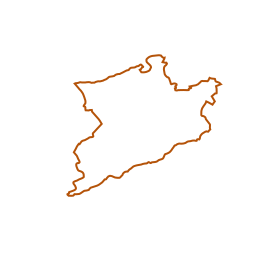 the district of Tam Diep, Ninh Bình, Vietnam, rotated 304°
{"feature_id": "81297802B4597997720172", "entity_name": "Tam Diep", "entity_type": "district", "adm_level": 2, "iso_a3": "VNM", "parent_name": "Vietnam", "parent_adm1": "Ninh Bình", "projection": "robinson", "projection_center": [105.895, 20.161], "detail": "fine", "context": "isolated", "style": "outline", "palette": "amber", "viewbox_px": 256, "rotation_deg": 304, "n_neighbors": 0, "source": "geoboundaries", "source_scale": "gbopen_adm2", "svg_char_len": 5892}
<svg xmlns="http://www.w3.org/2000/svg" viewBox="0 0 256 256"><g transform="rotate(304 128 128)"><path d="M172.8,197.0L173.2,196.5L173.9,195.8L174.7,195.3L176.5,194.2L176.9,193.6L178.1,190.0L178.5,188.8L178.9,187.6L179.7,186.7L180.1,186.0L180.1,184.1L179.7,183.2L179.4,182.4L179.6,181.7L180.3,181.1L181.3,180.5L182.3,179.8L183.7,179.1L185.7,178.5L188.2,178.4L191.8,178.5L193.8,178.0L194.2,180.4L194.6,185.0L196.6,185.0L198.6,185.1L201.1,179.7L202.4,180.1L203.4,180.3L204.2,180.6L205.2,180.8L206.3,182.0L207.1,181.6L210.2,179.4L211.9,177.6L216.2,180.5L216.3,179.5L216.6,178.7L216.2,176.6L215.7,175.2L215.8,174.4L216.5,173.5L217.1,172.9L217.3,172.6L216.7,171.4L216.1,170.3L215.5,169.0L215.2,167.6L214.4,167.7L212.3,168.0L211.3,167.8L210.1,165.8L209.0,164.2L208.5,163.2L207.8,162.6L206.9,162.4L206.1,162.3L205.5,162.1L203.4,161.6L202.1,160.8L201.4,160.4L199.4,158.3L197.3,156.3L196.9,155.9L196.8,156.1L196.8,157.3L196.6,157.9L196.4,157.9L196.2,157.9L195.9,157.7L195.6,157.3L195.3,156.9L195.0,156.6L194.8,156.5L194.5,156.5L194.1,156.7L193.7,157.1L193.4,157.1L192.9,156.5L192.1,155.3L190.4,152.6L187.5,148.5L186.4,147.5L185.8,146.2L187.0,144.8L187.6,145.3L188.0,145.4L188.4,145.1L188.6,144.8L188.7,144.2L189.0,143.9L190.4,144.3L191.0,144.1L191.4,143.8L191.4,143.4L191.4,143.0L191.2,142.2L190.8,141.4L189.5,140.2L188.7,139.7L188.5,139.3L188.6,138.8L189.6,137.7L192.2,134.2L192.4,133.5L192.4,132.9L192.1,132.3L192.2,131.2L192.4,130.1L192.6,129.5L193.2,128.3L193.9,127.6L196.4,125.2L197.1,124.7L198.1,124.2L198.7,124.0L199.8,123.9L201.2,124.3L201.7,124.4L202.5,124.4L203.1,124.3L203.4,123.7L203.6,123.3L202.9,122.3L202.5,121.0L202.1,120.5L201.9,119.8L203.8,119.6L204.9,119.5L205.7,119.4L206.0,119.3L206.7,119.0L206.0,118.4L206.0,117.3L206.1,115.9L206.5,115.2L206.5,114.7L206.2,114.2L205.9,113.4L205.2,112.4L203.0,109.8L201.4,107.9L200.3,106.9L199.3,106.2L198.6,105.8L197.8,105.5L196.3,105.1L195.2,105.0L194.6,105.3L193.7,106.0L193.4,106.4L193.2,106.7L192.9,108.0L192.6,110.1L192.2,111.9L191.8,112.4L191.5,112.9L191.1,113.2L190.3,113.3L189.4,113.4L188.6,113.6L188.1,113.6L187.3,113.4L186.0,112.7L184.6,111.7L183.5,110.6L182.5,109.3L181.7,107.9L182.8,105.2L183.5,105.5L184.0,105.8L185.4,105.8L185.9,105.8L186.3,106.0L187.0,106.4L187.3,106.3L187.4,106.1L187.4,105.8L187.4,105.3L187.5,104.9L187.7,104.3L187.8,104.1L187.9,103.8L187.8,103.4L187.7,103.1L187.4,102.9L187.0,102.6L186.6,102.5L185.4,102.1L185.1,101.9L184.8,101.6L184.4,101.1L183.6,100.5L183.0,100.3L182.5,100.1L182.0,99.6L181.7,99.4L180.9,98.4L179.7,96.9L178.9,96.5L178.2,96.2L177.6,96.2L176.9,96.2L176.5,96.1L175.8,95.6L175.5,95.2L174.8,94.6L173.9,94.1L171.1,92.6L169.4,91.6L168.1,90.9L167.7,90.3L167.0,89.4L166.4,88.9L166.2,88.8L165.9,88.4L164.7,87.8L163.4,87.4L162.2,86.3L160.2,84.1L159.4,83.6L158.5,83.4L158.1,83.3L157.2,83.0L156.4,82.7L155.7,82.3L154.6,81.5L153.3,80.8L152.2,79.8L151.6,79.3L150.9,78.6L150.0,77.1L148.4,75.7L147.9,75.3L147.3,75.1L146.8,74.8L146.0,73.6L145.3,72.8L145.0,72.4L144.7,71.0L144.1,69.8L142.7,68.0L142.1,67.4L141.2,66.2L139.8,64.0L139.5,63.3L139.1,62.6L138.0,61.8L137.3,61.2L136.7,60.6L136.2,60.0L135.8,59.5L135.0,59.0L133.5,64.4L133.0,66.0L132.6,68.0L131.8,70.2L131.2,71.5L130.2,73.0L128.9,74.8L127.6,76.4L127.1,77.1L126.2,77.9L125.3,78.5L124.8,78.7L124.4,78.9L123.5,78.8L121.9,78.8L121.3,79.1L121.3,79.5L121.5,79.8L121.6,80.5L121.3,81.1L119.8,82.1L119.0,83.0L119.7,84.1L120.3,85.2L120.6,85.6L120.8,85.8L121.1,85.9L121.4,86.2L121.8,86.7L122.7,87.9L121.7,88.8L121.4,89.2L119.0,98.5L118.2,100.7L117.2,102.8L116.7,103.9L114.7,103.6L110.4,102.9L106.4,102.3L104.2,101.9L103.9,101.9L103.5,102.1L103.0,102.5L102.6,103.0L101.8,103.8L101.6,103.9L101.3,103.9L100.9,103.7L100.5,103.4L99.8,102.6L99.2,101.8L98.4,101.2L96.8,100.6L95.3,99.8L93.8,99.0L92.4,97.8L91.6,97.3L90.8,97.0L87.5,96.9L87.4,96.1L86.6,96.0L84.2,96.0L81.3,96.4L77.6,96.7L76.4,100.9L76.0,101.7L74.5,104.0L73.5,105.9L73.0,106.6L72.7,106.9L72.3,107.0L71.8,106.9L71.3,106.7L70.9,106.0L70.4,105.6L69.9,105.4L69.5,105.3L69.2,105.4L68.6,105.6L68.1,106.0L67.7,106.4L67.3,106.8L65.5,109.4L65.1,110.4L65.1,111.2L65.7,113.4L65.8,114.4L65.8,115.1L65.5,116.1L64.9,117.0L64.6,117.3L63.0,118.5L62.7,118.7L62.3,118.7L61.8,118.5L60.9,118.1L60.2,117.7L58.2,116.3L57.3,115.8L56.2,115.3L55.5,114.8L54.6,114.1L53.7,113.5L53.0,113.2L52.5,113.1L52.1,113.3L51.8,113.5L51.3,114.2L50.6,116.2L50.2,116.9L49.5,118.0L49.1,118.4L48.6,118.7L47.7,118.8L46.9,118.5L46.3,118.2L45.2,117.5L42.5,115.5L42.1,115.1L41.6,115.1L41.3,115.4L40.7,115.6L39.7,115.0L39.3,114.8L39.0,115.0L38.8,115.4L38.7,116.8L39.2,117.5L40.1,118.9L40.7,119.7L41.3,120.4L41.9,120.6L43.2,120.6L43.5,121.1L44.2,122.2L46.0,124.4L47.1,125.1L50.4,126.4L51.5,126.9L53.1,128.7L54.7,130.1L55.5,130.1L56.6,130.2L57.7,130.5L61.5,133.5L63.2,134.8L64.9,135.7L66.8,136.4L68.5,137.0L70.9,137.3L72.3,137.4L72.7,138.0L73.3,138.5L74.9,138.5L76.9,138.8L78.3,139.8L79.1,141.6L79.4,143.3L79.7,144.9L80.7,146.9L81.9,148.7L82.8,149.2L84.1,149.3L85.7,149.7L87.1,149.4L88.5,149.5L90.0,150.1L91.2,151.3L91.7,152.1L93.4,152.2L94.7,152.5L95.7,153.0L99.2,154.0L100.6,155.0L102.1,156.3L105.1,159.4L106.5,160.4L108.2,162.1L108.6,162.8L109.6,163.6L110.5,163.8L111.3,164.3L111.5,165.5L111.5,166.2L112.0,166.7L112.9,167.0L113.8,168.1L114.8,169.3L115.6,170.1L116.4,170.7L117.5,171.1L118.5,171.4L119.6,172.2L121.2,173.5L122.2,174.0L123.3,174.0L125.3,173.6L126.4,173.4L127.2,173.5L128.4,174.5L129.7,175.3L130.7,175.8L131.5,176.1L133.5,176.4L136.0,176.4L137.7,176.5L139.1,176.4L139.8,176.6L140.1,177.1L141.1,177.5L142.2,177.9L143.7,179.1L144.8,181.0L146.1,182.6L147.6,183.9L148.9,184.5L149.9,184.9L150.7,185.6L152.0,187.1L153.7,188.6L154.8,190.1L155.3,191.4L155.8,192.0L157.1,191.7L157.9,192.3L158.1,192.8L158.4,193.5L158.9,193.5L159.7,193.3L160.5,192.9L162.1,192.4L163.6,192.5L164.4,192.6L165.4,192.9L166.9,193.6L168.0,194.1L169.0,194.8L169.4,195.8L169.9,196.6L170.4,196.6L171.3,196.6L172.8,197.0Z" fill="none" stroke="#b45309" stroke-width="2"/></g></svg>